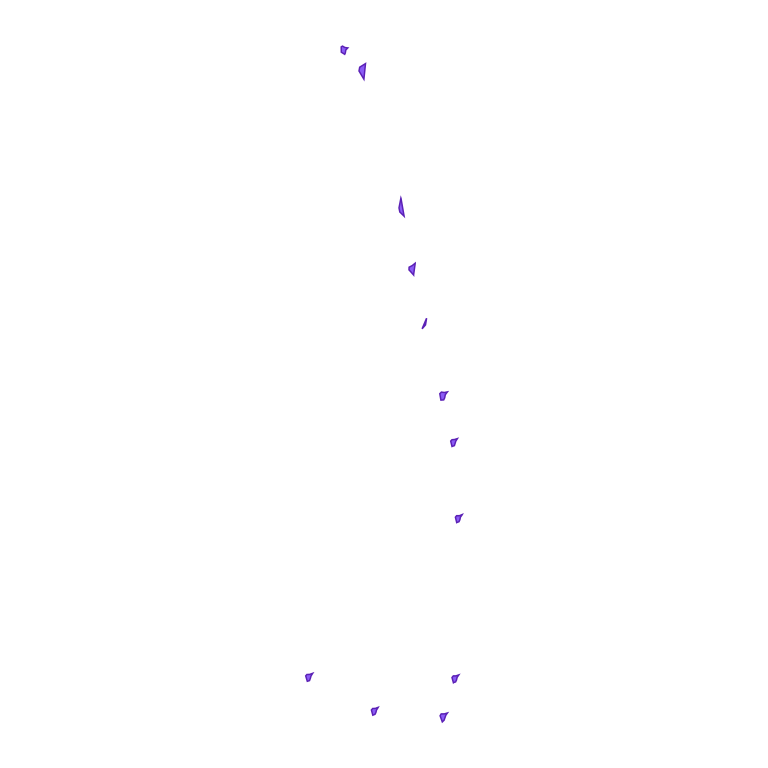 outline of Raa
{"feature_id": "MDV-5226", "entity_name": "Raa", "entity_type": "Atoll", "adm_level": 1, "iso_a3": "MDV", "parent_name": "Maldives", "parent_adm1": "", "projection": "natural_earth1", "projection_center": [72.972, 5.719], "detail": "fine", "context": "isolated", "style": "filled", "palette": "violet", "viewbox_px": 768, "rotation_deg": 0, "n_neighbors": 0, "source": "natural_earth", "source_scale": "10m", "svg_char_len": 1399}
<svg xmlns="http://www.w3.org/2000/svg" viewBox="0 0 768 768"><path d="M365.5,63.6L363.9,79.2L359.0,71.0L359.7,67.2L365.5,63.6ZM400.9,198.1L401.0,198.4L404.1,216.2L399.8,212.0L399.0,207.9L400.9,198.1ZM415.2,263.2L415.2,263.3L413.6,274.8L413.6,275.0L410.6,271.6L409.0,269.9L409.1,267.2L412.2,265.6L415.2,263.2ZM447.4,391.9L445.3,394.7L444.7,397.8L443.7,399.9L440.9,400.1L439.8,393.7L441.4,392.1L441.5,392.1L442.1,392.2L444.3,392.5L447.4,391.9ZM347.8,47.9L347.7,48.0L345.8,50.0L345.3,53.0L344.7,54.3L343.1,53.3L341.3,52.2L341.2,46.9L342.5,46.1L344.9,47.5L347.8,47.9ZM447.4,713.0L445.8,715.3L444.1,720.2L442.3,721.9L440.1,715.8L440.1,715.7L441.2,713.9L444.3,713.9L447.4,713.0ZM312.7,673.3L311.0,676.0L310.3,678.5L309.5,680.6L307.3,681.3L305.7,675.9L306.9,674.5L309.6,674.4L312.7,673.3ZM458.8,674.9L457.1,677.4L456.5,680.0L455.6,681.9L453.5,682.6L453.4,682.7L452.2,678.3L452.0,677.5L453.3,675.9L455.8,675.9L458.8,674.9ZM462.3,514.5L462.2,514.7L460.4,517.2L459.9,519.7L459.0,521.7L456.9,522.5L456.7,522.6L455.4,517.2L456.6,515.7L459.4,515.7L462.3,514.5ZM457.4,438.6L455.8,441.1L455.0,443.7L454.4,445.6L452.0,446.5L450.7,441.1L452.0,439.7L454.5,439.5L457.4,438.6ZM378.2,707.3L378.1,707.5L376.5,710.0L375.9,712.5L375.0,714.3L372.8,715.2L371.4,710.0L372.7,708.5L375.4,708.4L378.2,707.3ZM426.6,318.2L425.5,324.9L422.2,328.7L422.1,328.8L426.6,318.2Z" fill="#8b5cf6" stroke="#5b21b6" stroke-width="1.5"/></svg>